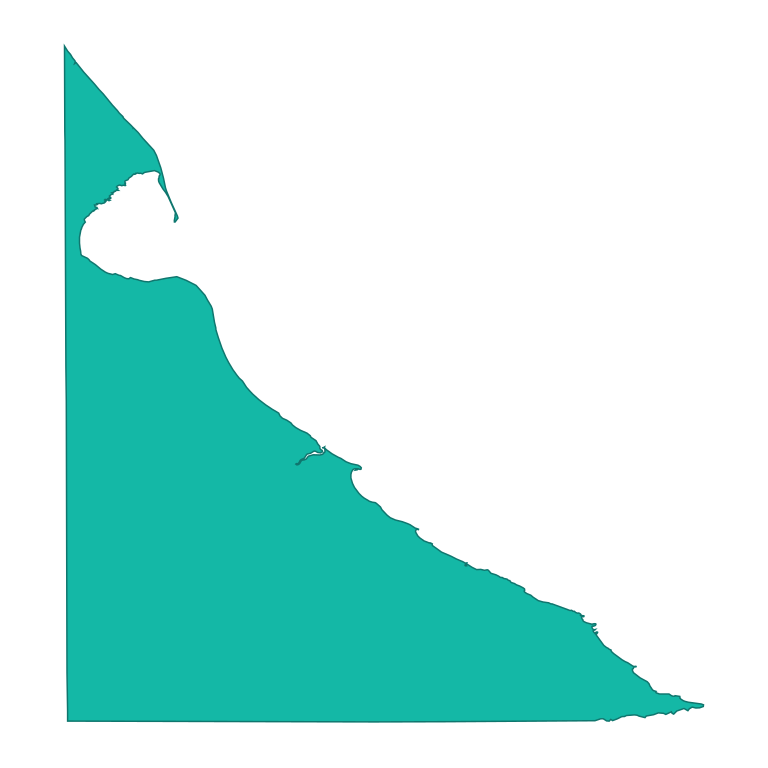 Río Grande, Tierra del Fuego, Argentina
{"feature_id": "61730980B7053808465014", "entity_name": "Río Grande", "entity_type": "district", "adm_level": 2, "iso_a3": "ARG", "parent_name": "Argentina", "parent_adm1": "Tierra del Fuego", "projection": "robinson", "projection_center": [-67.769, -53.608], "detail": "fine", "context": "isolated", "style": "filled", "palette": "teal", "viewbox_px": 768, "rotation_deg": 0, "n_neighbors": 0, "source": "geoboundaries", "source_scale": "gbopen_adm2", "svg_char_len": 6052}
<svg xmlns="http://www.w3.org/2000/svg" viewBox="0 0 768 768"><path d="M703.5,704.8L701.3,704.0L688.2,702.2L685.1,701.4L683.3,700.7L680.7,699.0L679.9,698.0L680.0,697.6L679.8,696.4L675.0,695.7L674.7,696.2L672.8,696.2L671.0,695.4L669.0,694.0L659.5,694.0L656.4,692.9L656.0,692.6L655.7,691.7L656.0,691.4L653.5,690.6L652.4,689.7L649.9,685.9L649.0,683.7L647.3,681.8L640.0,677.8L633.6,672.8L632.7,671.2L632.3,669.6L632.4,669.0L633.2,668.7L633.9,667.0L636.0,666.8L636.1,666.6L635.9,666.3L634.3,666.5L632.8,666.1L627.7,662.7L625.3,661.7L621.9,659.7L613.8,653.7L611.8,651.9L611.0,650.7L611.1,650.1L609.0,649.1L608.3,648.4L606.5,647.5L603.8,645.4L596.5,635.4L596.3,634.9L596.6,633.9L597.6,632.7L597.5,632.1L596.4,632.0L595.8,632.4L595.5,632.8L596.7,633.0L596.7,633.4L596.0,634.0L595.5,634.0L593.5,631.8L593.1,630.9L593.4,630.2L594.7,630.1L595.3,629.5L593.9,629.8L593.2,629.5L592.1,627.9L591.9,626.7L592.3,626.1L593.4,626.2L595.1,625.6L595.9,624.7L595.7,623.8L594.2,623.7L591.9,624.2L586.5,622.8L583.9,621.6L582.9,620.6L582.8,619.6L581.9,618.7L581.6,617.8L582.1,616.5L583.7,616.7L584.0,616.2L583.9,615.8L582.5,615.6L581.4,616.2L580.6,615.4L581.2,615.1L580.5,614.0L578.8,613.0L577.7,613.2L575.7,612.5L574.4,611.3L573.0,611.3L571.6,610.3L570.0,610.5L552.1,603.9L550.9,603.9L548.7,602.8L543.0,602.0L538.2,600.6L533.1,597.2L530.8,595.2L526.9,593.6L525.1,592.4L524.3,591.6L524.2,591.0L524.7,590.3L524.5,588.9L523.2,587.9L519.6,586.0L516.4,584.8L514.6,583.6L511.5,582.6L510.6,581.9L509.8,580.6L508.5,580.4L507.0,579.1L503.4,578.4L502.7,577.6L500.2,577.3L498.7,576.2L495.9,574.8L491.0,573.3L488.3,570.2L487.3,569.8L484.4,570.3L480.8,569.4L476.6,569.6L472.0,567.3L467.5,564.4L466.3,564.5L466.6,565.0L466.0,565.4L466.3,565.8L465.4,565.8L465.1,565.4L465.3,565.2L465.2,564.8L466.6,564.0L466.9,562.9L465.2,563.1L463.2,561.9L456.2,558.9L451.2,556.3L441.5,552.1L432.5,545.6L432.1,544.5L432.3,543.9L431.4,543.3L430.4,543.3L430.1,542.8L429.2,542.9L424.0,540.9L419.8,537.9L417.7,535.8L415.6,532.0L415.6,530.8L415.9,530.0L417.0,529.3L418.4,529.6L418.5,529.2L418.1,529.0L415.0,528.0L410.0,524.7L407.5,523.6L402.3,521.7L395.4,520.0L390.2,517.7L387.0,515.1L381.9,509.7L380.5,507.0L376.3,503.3L375.1,502.6L372.3,502.2L369.5,501.3L364.3,498.2L361.8,496.3L359.0,493.5L354.5,487.5L352.5,483.4L350.9,478.0L350.9,474.6L351.4,472.3L352.5,470.2L353.2,469.4L354.8,468.7L358.7,468.7L355.7,469.9L355.5,470.1L357.2,469.8L358.6,468.9L359.8,469.4L360.9,469.3L361.3,467.8L360.2,466.5L358.0,465.2L351.0,463.7L346.1,461.8L340.9,458.4L338.3,457.3L332.2,453.9L326.5,449.8L324.4,447.8L324.6,446.9L323.5,447.6L322.0,447.8L323.6,447.8L324.6,448.7L324.9,449.7L325.0,451.8L322.6,454.3L320.0,455.0L313.2,454.8L308.4,456.2L306.2,459.0L304.6,459.8L301.9,460.3L301.1,461.0L300.0,463.1L298.9,464.3L297.7,464.8L296.6,464.8L295.8,464.1L296.4,463.6L297.6,463.7L298.4,463.4L299.3,462.1L300.0,460.6L300.9,459.7L304.4,458.1L306.5,454.7L307.4,454.0L310.5,453.3L313.7,451.3L314.6,451.1L315.8,451.4L317.7,452.5L320.7,452.9L321.0,452.3L322.6,451.9L322.5,451.1L322.0,450.3L321.0,449.8L319.9,448.6L319.8,446.4L317.8,444.0L316.0,440.7L311.0,437.3L310.3,435.8L307.1,433.2L300.5,430.3L295.8,427.6L292.5,425.0L290.9,422.9L286.8,420.2L282.5,418.3L280.0,415.9L278.7,413.1L272.1,409.2L265.4,404.7L258.9,399.7L252.5,393.9L249.7,390.9L246.5,387.3L242.5,381.1L239.2,378.1L237.1,375.5L232.9,369.7L228.6,362.5L225.8,357.1L222.0,348.3L218.3,337.6L215.9,329.7L215.8,327.8L214.5,322.4L212.3,309.1L211.2,306.2L207.5,300.1L204.9,295.2L196.1,285.4L186.1,280.3L176.8,276.7L166.0,278.3L156.5,280.2L154.8,280.2L148.6,281.9L144.3,281.5L139.2,280.3L137.7,279.7L134.1,279.0L130.8,277.7L130.4,277.6L128.8,278.8L126.6,278.6L124.3,277.7L120.5,275.5L119.0,275.3L115.3,273.7L112.6,274.5L107.9,273.3L105.3,272.1L100.6,269.0L95.6,264.8L89.9,261.0L89.0,259.7L87.5,258.3L81.7,255.6L80.9,254.2L80.6,251.0L80.0,248.0L79.5,243.1L79.5,237.2L80.8,230.2L81.6,228.5L81.5,228.1L83.4,224.3L85.3,222.1L84.6,220.9L84.3,219.5L84.4,219.0L86.8,216.6L88.7,215.6L89.6,214.0L92.9,210.9L93.5,210.7L93.7,211.0L94.4,210.4L94.2,210.2L95.8,209.0L96.6,208.9L96.6,207.7L97.2,208.0L96.9,207.4L95.2,207.0L94.5,205.0L96.0,205.0L97.3,204.5L96.8,203.7L100.1,203.4L101.1,203.8L104.4,202.9L105.4,201.9L104.9,201.3L105.9,201.2L106.2,200.9L106.0,200.3L104.8,199.7L105.1,199.4L107.1,199.8L109.0,200.7L109.9,200.3L108.7,199.8L108.0,198.8L111.4,198.3L110.3,198.4L109.2,197.9L110.4,197.2L109.6,196.6L109.4,196.0L111.9,194.0L112.7,194.2L112.6,193.4L113.2,192.9L112.5,192.6L113.6,192.4L114.3,191.3L115.3,191.3L116.4,190.3L118.1,190.3L117.1,189.6L117.8,189.2L118.0,188.8L117.7,188.1L116.5,187.0L117.4,185.9L119.3,185.1L120.0,185.1L121.7,185.7L123.5,185.2L125.2,185.6L125.6,185.3L124.9,183.7L125.4,183.5L125.5,183.1L124.9,182.3L124.8,181.7L125.3,180.8L127.9,179.8L129.0,178.0L131.7,176.2L132.2,175.4L133.9,174.0L134.5,174.3L135.0,174.2L135.6,173.5L135.8,173.8L137.1,173.0L139.3,173.4L140.5,173.2L142.6,173.9L143.6,173.0L145.0,172.3L154.5,170.6L158.0,172.0L159.7,173.3L160.1,174.2L160.0,174.9L159.2,176.0L158.9,178.2L158.5,178.8L158.6,181.0L159.2,182.7L162.9,188.9L165.5,192.3L168.1,196.5L175.3,212.5L175.4,213.2L175.0,215.4L175.1,216.4L174.3,220.5L174.4,222.0L175.1,222.0L178.0,218.1L177.4,216.0L171.3,202.6L166.5,191.0L165.5,187.9L163.5,178.2L160.8,167.9L156.5,155.6L153.8,150.3L142.9,138.4L138.1,132.5L133.2,127.6L133.0,127.9L132.8,127.3L131.4,125.7L123.9,118.5L122.9,117.0L123.0,116.7L119.2,113.0L117.4,110.6L112.2,104.9L103.2,93.9L99.0,89.5L94.6,84.2L83.8,72.2L76.3,62.8L76.1,62.6L74.7,63.5L75.3,62.0L75.0,60.9L72.5,57.8L70.5,54.4L67.7,51.2L64.5,46.1L64.8,131.6L65.0,140.7L65.9,366.7L66.3,401.6L67.0,672.6L67.6,711.3L67.6,721.1L374.0,721.9L443.3,721.7L595.0,720.7L600.7,718.8L603.3,718.8L606.6,720.9L609.2,721.1L610.8,719.4L612.6,720.6L617.4,718.8L621.8,716.6L624.5,716.5L626.5,715.5L634.4,714.9L637.1,715.2L639.0,716.1L645.0,717.6L646.3,716.0L653.6,714.7L658.3,712.9L663.5,713.3L665.8,714.4L671.4,711.8L672.1,713.3L673.7,714.1L676.8,711.0L684.0,708.5L687.9,710.7L689.4,708.7L692.2,707.1L695.8,708.0L699.7,707.8L703.3,706.5L703.5,704.8Z" fill="#14b8a6" stroke="#0f766e" stroke-width="1.5"/></svg>